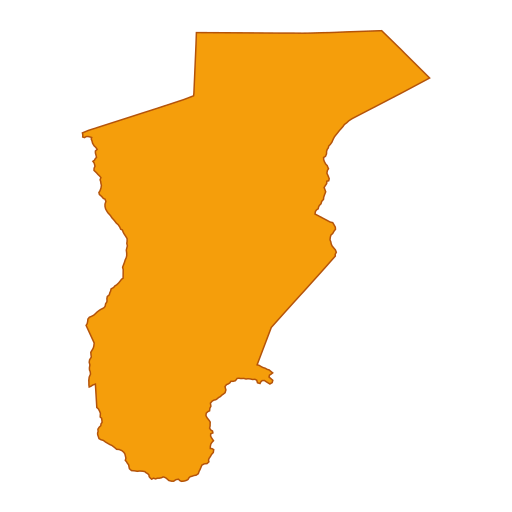 the district of Vitória da Conquista, Bahia, Brazil
{"feature_id": "56859067B29313776642568", "entity_name": "Vitória da Conquista", "entity_type": "district", "adm_level": 2, "iso_a3": "BRA", "parent_name": "Brazil", "parent_adm1": "Bahia", "projection": "mercator", "projection_center": [-40.964, -15.074], "detail": "fine", "context": "isolated", "style": "filled", "palette": "amber", "viewbox_px": 512, "rotation_deg": 0, "n_neighbors": 0, "source": "geoboundaries", "source_scale": "gbopen_adm2", "svg_char_len": 4785}
<svg xmlns="http://www.w3.org/2000/svg" viewBox="0 0 512 512"><path d="M82.4,132.9L82.8,135.0L82.7,137.0L84.5,137.6L86.1,136.6L88.0,136.5L90.2,137.0L91.7,137.5L91.2,139.0L91.9,140.6L92.6,143.3L94.1,145.8L95.8,147.4L97.2,149.4L95.4,151.0L95.4,153.0L96.1,155.5L96.5,157.4L95.3,158.6L94.5,160.2L92.9,161.3L94.2,163.1L95.0,166.2L94.1,168.2L94.0,170.4L95.5,171.8L96.7,173.0L97.9,174.4L99.7,176.1L100.9,177.6L100.1,179.8L100.7,181.6L100.9,183.3L101.4,185.3L101.0,188.0L100.0,190.8L98.9,192.5L99.4,194.5L101.6,196.4L103.4,198.5L105.0,199.1L105.9,201.4L105.0,204.1L105.0,206.4L105.6,208.9L106.7,210.9L107.9,212.8L109.1,214.1L110.4,215.5L111.9,217.8L114.4,220.6L116.4,223.2L118.1,224.6L119.8,227.1L120.7,229.2L122.4,230.0L123.2,232.2L124.1,233.9L125.5,236.0L127.1,238.6L127.1,241.2L126.8,243.4L127.4,245.9L126.9,247.7L126.3,250.1L126.7,253.2L126.7,255.8L126.2,257.8L125.2,259.9L124.4,262.5L123.6,264.6L122.6,267.2L123.2,269.6L123.1,278.2L121.5,279.3L120.4,280.8L118.7,282.9L116.6,284.9L114.9,285.9L113.6,287.5L111.1,288.9L110.6,291.1L109.8,292.8L109.3,294.8L107.3,296.5L106.9,298.6L107.0,300.2L106.9,301.8L105.6,303.8L105.1,306.4L103.9,307.8L102.2,308.7L100.4,309.6L99.1,310.5L97.0,312.1L95.5,313.6L93.7,315.2L91.2,316.5L89.4,317.2L87.9,319.1L87.7,321.2L87.2,323.6L86.1,325.4L94.2,343.0L93.8,346.2L93.2,348.2L92.0,350.3L90.8,352.3L91.0,354.7L91.3,357.1L89.6,359.8L89.2,362.2L89.9,364.9L89.4,367.9L89.5,370.0L90.2,371.6L90.5,374.1L89.2,377.1L88.8,380.2L88.9,382.6L88.9,385.0L89.2,387.0L91.0,386.2L92.8,385.0L95.4,384.1L96.8,407.5L98.3,408.8L99.4,410.8L100.4,413.2L100.3,415.0L100.2,417.0L101.6,418.2L101.9,420.3L102.1,422.3L101.0,423.9L100.8,425.7L99.2,427.2L97.9,429.2L98.1,431.4L97.6,433.1L97.7,434.7L98.3,436.5L99.0,438.6L100.9,439.7L103.3,440.4L105.6,442.1L108.0,443.5L109.9,444.6L111.8,445.4L113.8,446.9L115.3,448.1L116.6,449.3L119.2,449.5L122.0,450.7L123.9,452.4L124.9,454.0L125.3,455.6L125.9,458.2L125.3,460.4L126.5,461.7L127.4,463.3L128.6,464.8L129.0,466.8L129.4,468.7L131.5,470.6L134.4,470.8L137.3,471.3L139.7,471.0L142.6,471.2L144.8,471.6L146.0,472.7L147.6,473.6L148.9,474.9L149.2,476.7L150.3,478.0L151.6,479.2L153.5,478.2L155.6,478.9L157.4,478.2L159.3,478.2L161.6,477.7L163.1,476.9L164.6,477.3L166.1,478.1L167.5,479.3L168.8,480.5L171.6,481.2L173.7,481.2L175.8,479.7L178.4,479.2L179.9,480.6L181.3,481.3L183.1,481.2L184.8,480.9L186.6,480.3L188.0,479.5L188.9,477.9L190.2,476.7L191.8,476.3L194.1,475.5L196.1,475.2L198.3,473.7L199.1,471.3L200.0,469.6L201.0,467.2L201.9,465.1L204.4,463.8L207.0,463.6L208.9,461.8L208.5,460.1L209.0,458.5L210.4,456.5L211.5,454.5L213.3,452.5L213.7,449.6L211.9,448.6L210.3,448.5L210.3,446.6L210.8,444.1L211.9,442.4L213.5,440.7L211.7,438.1L210.6,436.1L210.7,433.8L212.9,432.9L212.5,431.0L210.9,430.1L209.6,428.2L210.1,425.9L210.1,424.2L210.2,422.1L209.3,420.6L208.2,419.2L206.8,417.4L205.9,415.4L206.3,413.1L207.9,411.6L209.6,410.8L209.8,408.4L210.9,406.2L210.4,403.1L212.3,401.0L214.0,400.1L215.8,399.7L217.3,398.7L218.6,397.5L220.5,396.5L221.6,395.3L223.2,394.2L225.1,392.7L225.9,389.9L225.4,388.2L225.0,386.6L226.5,384.6L228.1,384.0L229.8,382.9L230.9,381.3L233.2,381.3L235.4,380.7L237.2,378.4L238.9,378.2L240.5,378.5L242.0,378.5L243.8,378.4L246.0,379.0L248.0,378.7L250.1,378.9L252.7,379.5L254.9,379.3L256.7,380.2L257.5,382.8L260.0,383.5L260.9,381.7L262.2,380.6L264.4,380.5L266.8,382.1L269.9,384.0L272.2,382.6L272.8,380.3L271.3,379.0L269.0,377.0L269.5,375.1L270.9,374.3L272.7,372.9L271.1,371.6L269.1,369.9L267.0,369.3L265.4,368.3L262.9,367.5L260.8,366.4L259.2,365.4L257.1,364.8L271.3,327.4L286.6,310.3L300.6,294.8L303.5,291.7L323.0,270.0L335.3,256.1L335.2,254.3L336.3,252.3L335.4,249.9L333.8,248.0L332.0,245.8L331.2,243.8L330.8,241.8L330.0,239.8L330.3,237.3L330.9,235.1L332.7,233.5L334.0,231.2L335.5,229.3L335.3,227.1L333.9,224.6L332.7,222.6L330.3,222.1L315.0,214.0L315.4,211.5L316.6,209.8L318.2,208.8L318.6,206.9L319.4,205.4L321.0,203.8L321.7,201.4L323.5,199.4L323.7,197.2L324.6,194.6L325.7,191.8L324.8,189.3L324.1,187.5L325.4,185.5L326.7,183.5L326.8,181.2L328.7,180.8L329.2,178.7L328.3,176.3L326.9,173.2L327.4,170.4L328.5,168.7L327.8,167.2L327.2,165.6L325.8,164.2L324.5,161.9L323.7,159.8L323.6,157.5L325.5,156.3L326.5,153.9L326.6,151.3L327.2,149.4L328.3,147.9L328.7,146.1L330.3,144.4L331.9,142.2L332.6,140.5L333.5,138.6L334.4,136.9L335.7,135.2L337.0,133.6L338.2,132.1L339.6,130.3L341.0,128.8L343.0,126.5L344.4,124.5L346.7,122.8L348.8,120.8L351.1,119.3L352.4,118.5L401.7,92.9L429.6,78.0L404.7,53.3L400.5,49.0L398.7,47.3L381.7,30.7L377.8,30.8L364.0,31.3L346.2,31.9L337.0,32.3L334.9,32.4L329.2,32.6L323.2,32.7L309.7,33.1L302.5,33.2L293.2,33.1L280.6,33.1L251.3,32.9L198.5,32.6L196.4,32.6L196.0,44.4L193.9,93.2L193.6,95.8L183.7,99.6L150.7,110.4L141.9,113.2L135.1,115.4L115.8,121.6L88.4,130.4L82.4,132.9Z" fill="#f59e0b" stroke="#b45309" stroke-width="1.5"/></svg>